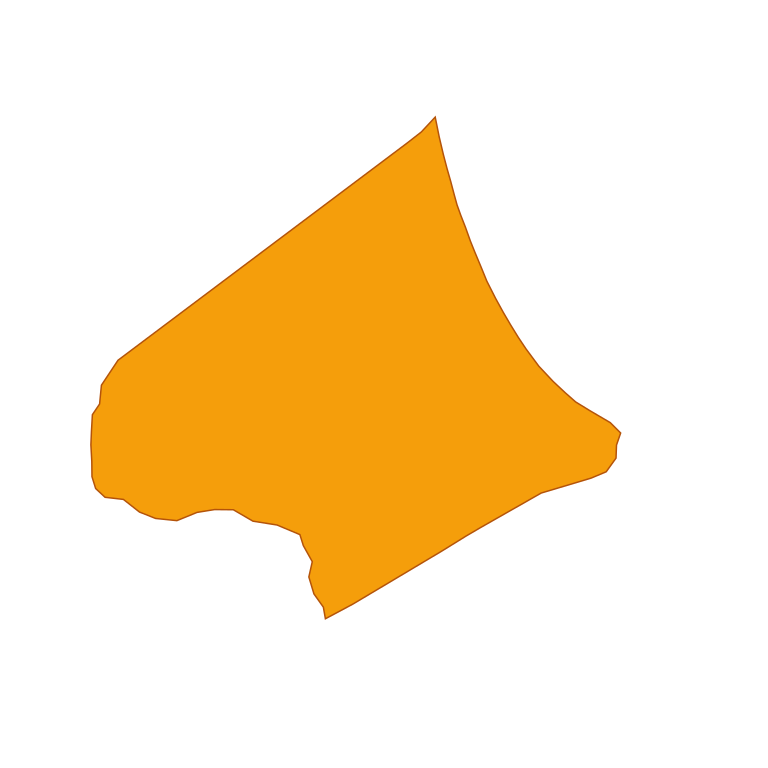 the district of Feliz Deserto, Alagoas, Brazil, rotated 304°
{"feature_id": "56859067B26079744538981", "entity_name": "Feliz Deserto", "entity_type": "district", "adm_level": 2, "iso_a3": "BRA", "parent_name": "Brazil", "parent_adm1": "Alagoas", "projection": "robinson", "projection_center": [-36.335, -10.29], "detail": "fine", "context": "isolated", "style": "filled", "palette": "amber", "viewbox_px": 768, "rotation_deg": 304, "n_neighbors": 0, "source": "geoboundaries", "source_scale": "gbopen_adm2", "svg_char_len": 927}
<svg xmlns="http://www.w3.org/2000/svg" viewBox="0 0 768 768"><g transform="rotate(304 384 384)"><path d="M225.0,150.4L208.4,159.4L195.5,159.4L180.9,168.1L169.7,175.0L156.2,185.2L143.9,193.7L136.1,203.4L134.1,216.1L142.6,232.5L141.1,252.9L144.8,269.8L154.9,288.7L173.0,300.8L185.2,313.8L195.5,329.4L197.0,352.1L207.3,374.2L212.1,398.5L204.9,407.5L196.6,423.9L182.0,429.6L170.8,443.3L165.1,458.5L156.6,466.7L184.2,481.3L277.7,525.3L303.7,537.0L318.3,544.0L381.5,575.3L421.9,608.4L435.5,617.3L452.3,617.8L463.4,610.9L475.7,607.6L478.5,593.2L477.0,569.3L476.3,552.9L478.1,539.0L480.7,522.8L485.3,502.5L492.5,482.1L497.7,469.4L503.9,455.7L510.0,443.0L517.4,428.6L526.8,411.7L535.3,399.0L544.1,385.6L550.8,375.7L559.4,364.0L566.8,353.3L573.4,344.3L580.6,335.9L589.1,326.2L598.1,315.5L607.7,304.6L619.9,291.4L633.9,277.2L613.8,274.0L596.3,268.3L255.0,150.2L225.0,150.4Z" fill="#f59e0b" stroke="#b45309" stroke-width="1.5"/></g></svg>